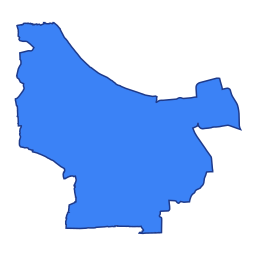 the district of Kota Jakarta Barat, Jakarta Raya, Indonesia
{"feature_id": "22746128B58252967349746", "entity_name": "Kota Jakarta Barat", "entity_type": "district", "adm_level": 2, "iso_a3": "IDN", "parent_name": "Indonesia", "parent_adm1": "Jakarta Raya", "projection": "mercator", "projection_center": [106.751, -6.161], "detail": "fine", "context": "isolated", "style": "filled", "palette": "blue", "viewbox_px": 256, "rotation_deg": 0, "n_neighbors": 0, "source": "geoboundaries", "source_scale": "gbopen_adm2", "svg_char_len": 5543}
<svg xmlns="http://www.w3.org/2000/svg" viewBox="0 0 256 256"><path d="M57.3,25.5L53.9,22.7L53.6,23.0L53.0,22.7L52.5,23.6L51.7,23.5L50.8,23.3L49.8,23.2L49.1,23.5L49.0,23.8L48.0,23.7L46.9,23.8L46.5,23.6L45.8,23.6L45.7,23.3L45.2,23.2L45.0,22.9L44.9,22.6L43.7,22.6L44.0,23.7L42.5,24.3L41.3,24.9L40.6,25.1L39.3,24.2L37.2,24.7L36.9,23.6L36.9,23.8L35.6,24.3L34.9,24.4L34.4,24.7L33.1,24.8L33.1,24.5L33.2,24.3L32.7,24.3L32.7,24.1L32.4,23.9L32.2,24.2L31.9,24.2L31.8,23.8L30.5,23.4L30.3,23.8L28.1,23.2L28.0,23.5L26.0,23.3L24.5,23.3L23.5,23.5L23.1,24.4L22.0,24.8L22.0,24.6L18.8,25.2L18.2,25.2L17.0,25.6L17.1,26.2L18.2,29.7L18.3,30.5L18.2,31.3L18.4,31.8L18.2,35.6L18.3,36.4L18.8,36.6L19.3,37.1L19.6,37.6L19.0,39.2L19.1,39.5L19.7,40.4L19.9,40.6L22.8,41.3L25.6,41.3L26.8,41.5L27.2,41.7L30.0,43.9L32.0,45.8L33.9,47.6L32.4,50.2L31.5,50.7L30.8,50.9L29.5,50.8L28.2,50.8L19.8,52.9L19.9,53.9L20.1,58.8L20.0,59.4L20.6,60.1L20.8,60.7L21.0,62.0L20.9,64.0L20.8,64.4L20.4,64.9L19.5,66.4L18.3,68.9L16.7,75.9L17.0,76.0L17.1,77.4L17.3,77.8L17.5,78.0L18.5,78.6L18.9,79.1L20.4,82.1L20.6,82.2L21.4,82.6L22.3,83.2L23.6,83.6L23.4,85.9L24.0,87.6L24.1,88.4L23.8,89.3L23.4,89.9L23.4,90.3L18.8,96.6L17.1,98.3L15.4,98.9L15.5,100.8L15.7,101.2L16.0,102.9L16.4,105.3L16.7,105.9L17.3,106.1L17.6,110.2L17.5,110.3L17.7,115.1L17.3,116.5L18.1,116.9L18.1,117.7L18.2,119.3L18.3,123.9L18.2,123.9L18.3,124.1L18.4,125.9L19.7,125.8L21.3,125.9L21.3,126.4L21.0,127.4L20.2,128.7L19.8,131.3L20.1,133.2L19.7,133.7L19.7,134.2L19.9,135.1L20.5,136.5L20.5,137.1L20.3,137.9L19.5,140.4L19.4,143.8L19.5,145.2L20.5,146.8L22.8,147.3L23.5,147.4L24.5,147.8L25.6,147.8L25.9,147.7L26.9,147.7L28.0,148.1L28.6,148.9L29.0,149.4L30.0,149.5L31.9,150.2L32.3,150.1L32.9,150.3L32.4,151.6L32.5,151.8L35.1,152.4L37.6,153.1L38.8,153.7L39.4,153.9L41.2,154.6L45.0,156.3L46.1,156.9L48.0,158.1L49.2,158.6L50.8,159.6L53.2,160.6L56.4,163.2L60.9,166.6L64.3,168.5L64.3,169.0L64.6,169.2L64.7,170.5L64.7,170.8L64.6,171.2L64.2,171.4L64.1,171.6L64.1,172.2L63.6,172.4L63.7,172.8L63.2,173.9L63.2,174.6L63.4,176.8L64.0,178.7L64.6,178.6L65.1,178.4L65.2,178.6L67.7,177.2L70.1,176.2L70.1,176.3L70.7,176.2L71.8,175.9L72.3,175.9L73.3,176.2L73.4,176.4L73.8,176.6L74.3,176.5L74.3,176.3L75.4,176.2L76.2,180.0L75.7,182.0L75.0,183.3L75.2,183.6L74.1,185.2L74.9,185.7L74.8,186.1L74.5,186.4L75.2,187.0L74.3,188.3L74.4,189.8L74.6,190.2L74.7,192.0L75.6,196.6L75.5,197.0L76.0,197.3L75.9,201.8L75.0,201.8L74.9,202.5L69.2,205.0L69.1,206.4L68.9,206.8L69.0,207.2L69.0,207.7L68.7,209.6L68.8,210.2L68.5,211.0L68.3,212.0L68.7,212.3L68.0,212.5L67.6,212.9L67.3,214.5L66.7,215.1L66.6,216.2L66.0,218.0L66.6,218.2L66.4,219.4L65.7,221.6L65.8,221.9L65.7,223.1L65.8,224.3L66.2,224.5L66.2,225.0L66.1,228.2L80.1,228.5L86.0,228.2L88.2,227.8L89.6,227.9L93.6,227.9L95.0,227.8L95.7,227.6L95.8,227.4L96.5,227.3L104.6,226.8L107.6,226.4L108.5,226.8L112.4,226.4L113.7,226.6L115.0,226.5L115.0,226.0L117.2,225.8L117.6,225.8L117.6,226.2L127.2,226.3L128.2,226.2L128.9,226.4L129.5,226.4L129.7,226.6L130.5,226.5L133.8,226.6L137.5,226.5L139.1,226.6L141.1,226.3L141.3,226.9L141.5,227.4L142.2,228.2L142.8,229.1L143.4,229.8L143.5,230.2L143.1,230.8L142.1,231.2L142.1,232.2L142.0,232.4L142.1,232.7L142.0,232.8L141.5,233.0L140.1,232.3L139.5,232.6L139.2,233.1L143.0,233.4L144.3,233.2L145.1,233.1L155.3,232.9L155.3,232.7L156.6,232.9L158.1,232.7L158.1,232.8L158.5,232.8L159.2,232.8L159.2,232.6L160.6,232.7L161.5,232.6L161.7,219.9L161.6,218.2L161.4,217.7L161.2,217.5L159.7,216.7L159.4,216.1L159.5,215.4L160.2,214.2L160.3,211.6L160.6,211.3L161.0,211.2L168.1,210.9L168.5,210.8L169.1,210.3L169.6,209.5L169.7,209.1L169.6,206.3L169.2,202.9L169.0,200.4L174.5,200.7L175.7,200.9L176.3,201.4L176.5,201.8L177.4,202.7L178.3,203.2L178.9,203.1L180.6,201.5L183.9,202.2L189.5,201.8L189.9,199.7L190.8,197.0L191.3,195.9L192.1,194.7L192.8,194.0L194.3,192.9L194.8,192.3L195.1,191.3L195.9,190.3L196.7,189.7L198.1,189.1L200.3,188.0L200.7,187.5L201.4,186.3L202.3,185.7L202.9,184.8L203.4,183.9L203.8,182.7L204.4,178.3L205.7,175.1L206.5,172.3L206.6,172.1L207.5,171.9L210.7,171.7L212.7,171.7L212.7,170.5L212.4,168.7L211.5,158.7L211.3,157.5L211.0,156.7L206.5,150.4L205.2,148.4L197.0,136.6L194.9,133.1L194.3,131.8L193.5,129.8L192.8,128.1L196.1,126.6L196.7,126.3L197.2,125.8L197.7,124.9L197.8,124.3L198.0,122.8L198.3,126.1L198.9,126.2L199.5,127.2L200.7,128.2L202.1,128.7L203.2,128.7L205.0,128.4L208.4,128.1L211.1,127.7L212.5,127.2L214.0,127.0L215.7,127.0L219.8,126.6L222.1,126.1L227.9,125.2L229.8,125.7L237.3,128.4L240.6,129.5L240.1,128.5L239.8,127.8L239.3,125.8L239.0,113.6L238.7,110.8L238.2,107.9L237.5,105.2L237.0,104.0L236.2,102.5L232.5,96.5L231.6,94.6L230.7,91.7L230.3,90.1L229.7,89.2L228.7,88.5L227.6,88.2L226.2,88.4L223.0,89.1L222.3,89.3L222.2,88.3L221.8,86.5L220.4,81.7L219.6,78.4L218.4,78.2L216.7,78.2L200.0,82.6L198.9,83.0L197.6,83.9L196.8,84.8L196.3,85.9L196.1,87.0L196.1,88.7L196.6,97.0L194.2,97.2L191.2,97.8L183.4,98.5L182.4,98.3L181.0,97.8L179.9,97.7L178.6,98.0L176.5,99.1L162.9,100.3L161.0,100.3L159.5,100.5L159.1,100.7L156.5,102.3L156.3,102.3L156.2,101.9L156.5,100.8L156.7,99.9L156.6,97.9L156.7,97.3L157.0,96.9L156.9,96.7L155.9,96.3L155.7,96.1L152.5,96.4L145.4,95.1L137.2,92.2L125.8,88.4L121.3,86.5L120.0,85.7L117.8,85.1L116.2,84.2L115.2,83.2L114.8,82.8L113.5,81.9L112.1,80.7L110.9,80.1L107.3,77.5L100.7,74.4L98.4,73.1L94.1,69.9L91.1,67.6L89.9,67.1L88.7,65.8L86.9,64.2L84.4,61.8L83.9,61.3L80.7,58.2L77.4,53.9L75.5,51.7L74.2,50.0L71.5,46.7L69.5,43.9L68.5,42.7L67.6,41.2L65.9,39.1L65.1,38.3L64.4,37.6L60.9,30.9L60.2,29.4L60.1,28.8L58.9,27.5L57.3,25.5Z" fill="#3b82f6" stroke="#1e3a8a" stroke-width="1.5"/></svg>